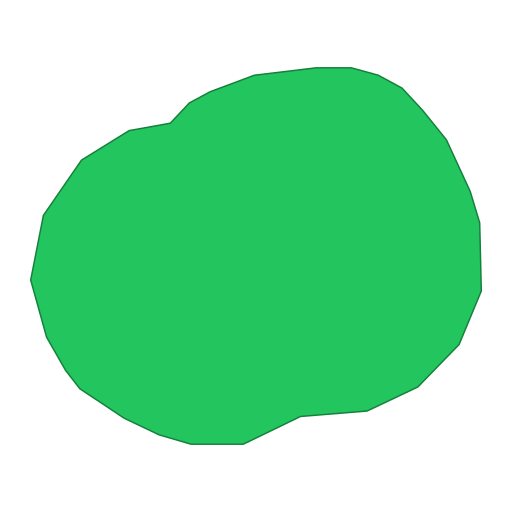 the district of Baraka, Sud-Kivu, Democratic Republic of the Congo
{"feature_id": "63176286B52252759567832", "entity_name": "Baraka", "entity_type": "district", "adm_level": 2, "iso_a3": "COD", "parent_name": "Democratic Republic of the Congo", "parent_adm1": "Sud-Kivu", "projection": "natural_earth1", "projection_center": [29.091, -4.09], "detail": "fine", "context": "isolated", "style": "filled", "palette": "green", "viewbox_px": 512, "rotation_deg": 0, "n_neighbors": 0, "source": "geoboundaries", "source_scale": "gbopen_adm2", "svg_char_len": 468}
<svg xmlns="http://www.w3.org/2000/svg" viewBox="0 0 512 512"><path d="M170.3,123.2L129.1,130.6L81.5,160.1L43.4,215.4L30.7,280.0L46.6,337.2L65.6,370.4L79.9,388.8L124.3,418.3L159.2,434.9L191.0,444.2L243.3,444.2L300.4,416.5L367.1,411.0L417.8,387.0L459.1,344.5L481.3,291.0L479.7,222.8L470.2,191.4L446.4,139.8L422.6,110.3L402.0,88.1L378.2,75.2L351.2,67.8L316.3,67.8L254.4,75.2L210.0,91.8L189.4,102.9L170.3,123.2Z" fill="#22c55e" stroke="#15803d" stroke-width="1.5"/></svg>